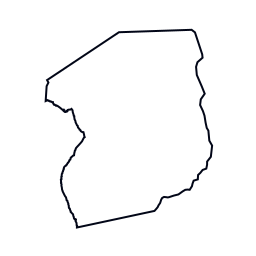 Imul, Aimeliik, Palau, rotated 6°
{"feature_id": "81905179B52447266125366", "entity_name": "Imul", "entity_type": "district", "adm_level": 2, "iso_a3": "PLW", "parent_name": "Palau", "parent_adm1": "Aimeliik", "projection": "robinson", "projection_center": [134.509, 7.414], "detail": "fine", "context": "isolated", "style": "outline", "palette": "ink", "viewbox_px": 256, "rotation_deg": 6, "n_neighbors": 0, "source": "geoboundaries", "source_scale": "gbopen_adm2", "svg_char_len": 2716}
<svg xmlns="http://www.w3.org/2000/svg" viewBox="0 0 256 256"><g transform="rotate(6 128 128)"><path d="M43.3,109.8L43.8,109.5L44.5,109.2L44.8,108.7L46.0,109.2L46.3,109.0L46.9,109.5L47.4,109.7L47.7,109.5L48.2,109.7L48.6,109.7L48.9,110.0L49.3,109.9L49.9,110.3L50.6,110.1L51.0,111.3L51.4,111.8L51.7,112.3L52.2,112.3L52.4,112.7L53.0,112.6L54.1,113.4L54.4,113.0L55.6,113.4L58.4,115.0L61.2,116.9L61.8,117.1L62.3,116.5L62.5,116.7L62.2,117.1L62.2,117.8L62.6,118.0L63.4,118.6L64.2,118.6L64.7,117.7L65.4,118.1L65.9,117.8L66.1,117.4L65.9,116.8L66.1,116.4L67.0,116.0L68.1,115.8L69.0,115.6L69.8,114.9L71.0,116.2L71.4,118.0L72.5,120.5L72.7,121.4L73.1,121.6L73.4,121.9L73.3,122.5L73.8,124.3L74.0,125.1L74.4,125.6L75.0,126.6L75.3,127.9L76.1,129.1L77.0,130.7L77.7,131.0L78.2,132.7L78.7,133.0L79.0,133.5L79.9,134.2L80.1,134.8L80.6,134.9L81.0,135.2L81.3,136.0L82.3,136.6L83.5,136.9L84.1,136.8L85.0,139.2L85.3,140.5L85.9,141.6L85.2,142.2L84.7,143.3L83.7,146.0L82.5,147.8L80.6,150.4L79.3,152.1L79.0,152.6L78.5,153.2L78.1,154.4L78.1,155.2L77.5,156.0L77.5,157.3L77.3,157.6L77.2,159.2L77.2,160.8L76.1,161.3L75.5,162.2L74.9,162.6L74.0,164.0L74.1,164.6L73.9,165.5L73.3,165.9L73.1,166.1L73.1,166.6L72.9,166.8L72.9,167.3L72.5,168.1L71.9,168.7L71.9,169.1L71.4,169.6L71.2,170.2L71.1,170.8L70.4,171.3L70.2,172.0L69.5,172.4L68.8,173.2L68.4,174.2L68.5,174.8L68.2,175.5L68.4,176.1L67.9,176.9L67.9,177.9L67.4,178.9L67.5,179.8L67.0,180.6L67.0,182.7L67.2,183.2L66.8,183.6L67.0,184.9L67.2,185.6L66.8,185.8L66.6,186.5L67.0,187.6L67.0,188.9L67.3,189.3L67.2,190.0L67.8,190.9L67.8,192.3L68.4,194.0L68.9,196.3L69.4,197.0L69.6,197.8L72.4,202.2L73.6,203.5L74.3,205.5L74.4,206.1L74.9,206.5L75.3,206.7L75.6,207.7L76.6,209.5L76.6,210.3L77.2,211.3L77.4,212.9L77.9,214.0L78.5,214.2L78.7,214.8L79.4,216.5L79.8,216.8L79.8,217.5L80.7,218.2L81.6,219.0L82.4,219.6L82.8,221.2L83.3,221.9L83.6,223.2L84.2,224.1L84.5,224.3L85.0,224.1L85.4,224.5L85.8,224.5L85.8,225.1L85.6,225.5L85.5,225.9L85.9,226.6L86.3,227.1L86.7,227.8L86.9,228.9L87.0,229.3L87.0,229.9L87.2,230.3L87.6,230.5L87.9,231.2L87.5,231.3L87.6,232.3L129.3,218.7L163.0,207.7L164.7,205.3L165.8,203.6L166.4,201.8L167.8,199.2L168.5,195.8L169.3,194.0L171.0,192.8L173.3,192.8L174.7,192.9L175.8,192.6L180.7,190.4L185.1,188.8L188.9,185.4L191.4,183.5L193.7,183.0L195.8,183.0L197.7,179.2L198.0,176.6L198.8,173.5L202.8,171.8L202.6,167.4L204.6,165.1L206.6,161.9L210.1,160.2L210.5,156.2L210.2,153.1L213.4,148.0L213.5,136.7L210.2,132.1L208.2,122.2L206.3,119.7L204.6,114.5L202.8,107.8L200.8,103.4L197.3,97.6L197.4,91.9L200.7,85.9L197.0,78.9L190.9,68.1L189.3,60.1L190.2,55.3L194.8,50.3L194.1,47.0L184.6,25.9L181.0,23.7L109.0,33.7L42.5,88.8L44.1,91.1L42.7,94.9L43.3,109.8Z" fill="none" stroke="#020617" stroke-width="2"/></g></svg>